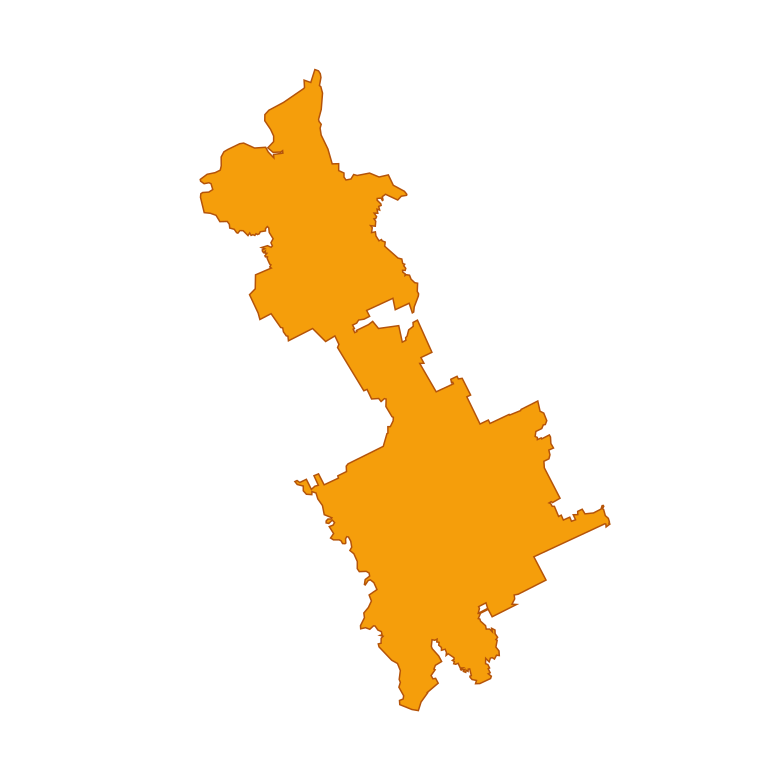 Kota Medan, Sumatera Utara, Indonesia (Robinson projection), rotated 332°
{"feature_id": "22746128B40654739963843", "entity_name": "Kota Medan", "entity_type": "district", "adm_level": 2, "iso_a3": "IDN", "parent_name": "Indonesia", "parent_adm1": "Sumatera Utara", "projection": "robinson", "projection_center": [98.666, 3.642], "detail": "fine", "context": "isolated", "style": "filled", "palette": "amber", "viewbox_px": 768, "rotation_deg": 332, "n_neighbors": 0, "source": "geoboundaries", "source_scale": "gbopen_adm2", "svg_char_len": 6144}
<svg xmlns="http://www.w3.org/2000/svg" viewBox="0 0 768 768"><g transform="rotate(332 384 384)"><path d="M450.5,125.2L449.9,121.7L450.5,119.6L457.5,112.1L466.3,98.3L467.8,91.8L467.1,90.2L472.2,83.8L473.4,80.2L473.2,76.8L470.6,73.9L460.9,83.4L456.1,78.2L453.0,84.9L451.9,85.4L427.5,88.2L410.9,88.2L405.3,90.2L402.3,95.6L403.4,105.9L403.0,113.2L400.3,118.2L392.3,120.9L394.8,127.4L401.8,130.7L404.0,130.4L403.1,132.7L394.2,129.5L392.9,132.6L390.7,124.9L390.6,119.4L380.5,114.9L373.2,105.4L369.4,104.1L356.1,103.6L351.7,103.8L346.8,107.1L342.7,115.0L339.8,118.3L334.1,118.1L326.3,115.8L317.8,117.1L317.3,118.8L319.2,122.7L323.9,124.1L325.3,125.9L324.1,131.9L319.4,132.3L313.8,129.8L311.6,130.0L309.6,133.0L305.7,148.3L310.8,151.7L314.9,156.2L315.3,163.6L321.9,166.9L322.4,170.4L321.0,173.9L324.4,177.1L324.9,181.2L325.8,182.2L328.8,180.9L331.6,182.5L333.6,189.1L336.3,187.6L336.4,190.4L338.4,190.6L339.7,192.2L341.6,191.2L342.4,192.6L344.4,192.8L346.2,191.5L351.2,193.2L352.3,191.2L354.9,190.2L355.5,192.1L353.8,196.4L354.3,203.7L350.5,206.2L350.3,209.7L348.5,210.3L346.1,207.2L339.9,206.0L342.2,208.6L339.5,208.4L339.0,209.6L339.3,211.5L341.6,211.0L340.4,212.6L341.9,213.6L339.0,214.9L339.0,216.1L340.8,217.1L339.8,218.3L339.4,224.5L340.1,225.7L338.1,227.0L338.9,228.7L321.8,227.3L315.0,239.5L307.2,242.0L306.2,262.2L304.7,268.8L317.3,268.9L319.3,285.6L320.9,286.9L319.7,290.7L320.3,295.6L321.6,296.7L319.9,301.0L347.0,301.5L352.4,319.1L363.2,318.5L362.8,327.8L360.1,330.0L363.0,380.5L366.5,380.8L366.0,391.4L372.5,394.3L373.2,398.1L377.5,397.1L378.8,398.3L375.1,404.8L375.7,416.6L376.6,417.8L374.8,420.8L369.6,424.6L367.4,423.5L364.4,429.2L363.3,429.2L354.1,438.7L314.8,437.6L312.1,438.8L309.8,443.7L300.1,443.4L299.6,445.7L283.8,444.9L284.0,432.6L279.1,432.1L278.5,442.6L275.0,441.8L270.4,442.9L270.7,431.7L263.4,431.4L261.9,428.4L259.5,428.3L260.2,432.0L264.8,436.2L262.6,440.4L263.7,444.9L268.3,447.8L269.9,445.2L272.8,448.3L271.6,454.4L272.6,462.4L269.9,471.3L275.2,477.7L273.8,478.3L271.1,476.9L268.6,477.8L267.7,479.5L269.8,481.2L274.4,479.9L275.3,483.2L272.7,484.7L268.7,484.2L269.3,492.4L264.5,494.9L266.2,497.9L271.3,500.6L272.5,502.4L272.5,505.4L274.6,506.7L275.6,506.5L277.4,502.6L279.5,501.3L280.8,502.4L280.8,507.3L278.9,512.9L275.7,515.0L277.7,519.7L277.1,528.2L273.7,534.5L274.1,538.1L280.4,541.1L282.1,544.0L281.1,546.9L275.6,547.8L272.6,551.8L273.1,552.6L277.8,550.1L280.0,550.5L281.8,554.6L281.3,562.2L271.8,563.3L271.0,569.7L265.3,574.0L258.7,576.7L257.0,581.2L249.8,586.3L248.5,589.2L253.3,590.5L256.3,593.9L261.2,592.6L262.5,593.5L263.1,598.4L265.4,601.4L264.5,604.5L262.5,604.1L264.8,606.3L262.1,607.2L259.7,611.5L256.9,610.8L256.2,613.8L261.1,631.5L264.7,637.1L263.9,644.7L258.7,652.0L258.4,655.1L254.8,658.7L255.0,668.5L253.0,671.1L249.1,670.7L247.4,674.5L255.8,684.5L261.0,688.5L267.4,682.2L278.1,676.9L276.5,676.9L291.4,673.6L291.4,668.1L288.8,667.3L288.7,663.5L295.0,660.3L294.2,659.2L297.3,656.5L304.6,656.1L304.6,649.8L302.3,640.4L302.6,637.9L306.4,632.3L308.5,634.1L311.1,634.2L309.5,636.5L311.3,638.0L309.7,640.3L311.0,643.6L309.7,646.1L313.5,646.9L313.1,650.4L311.4,652.8L314.0,652.3L317.3,658.5L316.6,660.0L314.6,660.1L315.8,662.1L314.2,663.7L315.7,665.1L318.3,665.4L318.0,670.6L320.3,671.7L317.7,671.9L317.8,672.8L321.1,673.9L319.2,675.1L320.8,677.0L322.2,675.4L323.3,677.2L324.5,675.3L325.9,675.8L324.2,682.5L322.7,682.3L322.3,683.3L323.0,686.3L326.5,689.2L324.1,691.6L328.0,693.5L339.8,694.1L341.6,692.4L340.0,688.8L342.2,688.8L342.3,684.3L343.9,684.3L344.0,680.5L342.4,678.6L345.0,673.9L346.4,678.7L349.2,676.0L351.1,676.4L352.4,678.7L356.0,676.3L358.3,677.9L360.2,673.7L359.3,668.8L363.6,663.4L362.8,662.2L365.4,661.0L364.9,656.6L366.5,653.3L364.4,650.3L363.3,653.6L362.3,650.0L359.2,648.4L360.2,645.1L357.9,638.8L358.3,636.5L357.1,635.4L361.4,631.9L359.4,630.8L362.9,627.0L363.0,625.0L371.3,625.1L370.2,630.8L359.6,630.7L361.4,631.7L370.2,631.9L370.2,640.3L397.5,640.9L393.6,638.5L398.5,635.1L399.9,631.4L403.7,632.6L435.0,633.2L435.2,606.9L513.4,611.1L514.1,611.9L513.0,614.5L517.7,613.7L517.2,612.5L518.2,611.9L519.0,607.9L517.6,604.1L519.0,597.9L518.3,596.7L520.6,595.2L520.6,594.2L519.5,593.8L516.9,596.3L508.4,596.2L500.5,593.0L500.2,587.6L495.2,587.4L493.8,590.3L489.7,588.3L489.4,593.8L485.1,593.2L485.5,588.8L478.5,588.3L478.9,583.0L476.0,582.9L477.0,572.0L475.1,571.0L475.0,567.8L473.9,566.5L476.4,566.4L477.1,567.8L485.8,567.5L486.2,533.3L488.9,527.3L494.5,527.5L497.3,524.4L498.5,519.7L503.6,520.1L503.4,514.9L506.1,509.0L506.1,506.6L497.5,506.5L497.5,505.4L493.3,505.1L494.3,503.2L492.8,501.3L495.8,497.2L502.4,497.4L505.4,494.9L507.4,495.5L510.5,492.8L511.4,484.7L509.0,481.3L511.8,471.2L493.1,470.8L492.1,471.6L480.3,470.4L480.2,469.6L459.1,468.6L459.2,464.8L450.0,464.4L451.1,434.2L455.3,434.4L455.7,415.7L452.0,414.4L452.1,411.5L445.2,411.2L444.2,414.6L445.5,414.7L445.4,416.4L426.4,415.4L425.2,382.6L429.0,384.4L429.0,378.0L441.2,378.5L443.5,343.3L438.5,343.3L436.9,346.8L431.2,347.8L426.9,352.5L424.8,353.3L423.8,355.7L419.8,355.6L424.4,339.4L405.2,332.4L403.4,323.4L398.2,324.3L384.8,323.8L384.7,325.0L382.3,324.9L382.5,321.1L383.9,321.2L383.9,317.2L388.4,317.4L391.6,315.6L396.8,317.4L403.1,317.5L403.2,310.9L432.1,312.5L428.8,323.7L444.1,324.5L442.4,334.5L444.0,334.4L446.9,330.1L455.6,322.5L456.9,320.6L456.8,317.9L461.0,310.8L458.7,309.0L457.1,304.2L457.6,299.9L454.9,297.9L453.5,298.1L454.4,296.7L453.1,294.1L453.8,292.3L456.0,293.7L457.5,292.1L456.9,288.9L458.5,288.0L457.1,286.4L458.4,282.0L455.5,279.4L449.3,262.7L451.7,259.2L449.5,256.7L449.6,255.3L446.8,255.2L446.4,249.5L447.8,245.6L444.1,244.5L447.0,240.5L446.5,237.9L450.4,240.6L453.1,236.4L452.7,233.5L454.4,234.0L456.0,232.8L455.5,228.5L458.7,230.3L459.9,226.4L461.8,228.4L462.7,224.7L465.3,225.0L465.8,223.5L464.2,218.4L465.1,217.0L468.7,218.5L468.7,221.2L469.5,221.1L470.5,217.8L474.4,217.2L482.5,228.0L487.4,226.3L492.5,228.0L493.2,227.2L492.5,223.4L485.5,212.9L486.0,201.4L476.8,198.9L470.3,191.0L458.2,187.3L455.6,184.8L451.0,187.5L446.2,186.0L445.8,182.6L447.7,178.9L444.2,174.3L447.4,168.2L441.6,165.3L444.8,150.2L445.4,134.7L447.7,128.1L450.5,125.2Z" fill="#f59e0b" stroke="#b45309" stroke-width="1.5"/></g></svg>